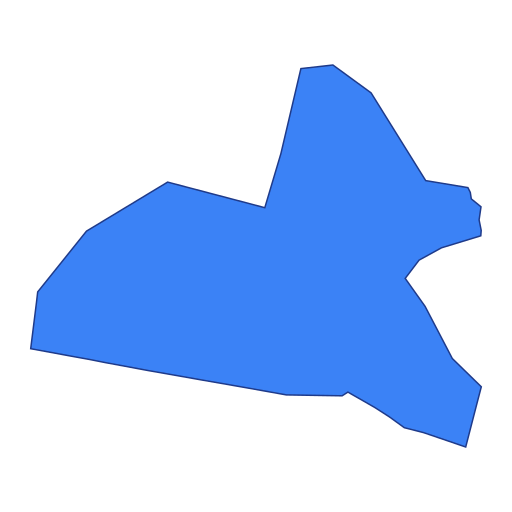 outline of San Pedro Taviche, Oaxaca, Mexico
{"feature_id": "50627088B42650347331472", "entity_name": "San Pedro Taviche", "entity_type": "district", "adm_level": 2, "iso_a3": "MEX", "parent_name": "Mexico", "parent_adm1": "Oaxaca", "projection": "orthographic", "projection_center": [-96.523, 16.649], "detail": "fine", "context": "isolated", "style": "filled", "palette": "blue", "viewbox_px": 512, "rotation_deg": 0, "n_neighbors": 0, "source": "geoboundaries", "source_scale": "gbopen_adm2", "svg_char_len": 650}
<svg xmlns="http://www.w3.org/2000/svg" viewBox="0 0 512 512"><path d="M465.7,447.0L476.7,404.4L481.3,386.8L452.3,358.5L425.1,306.4L405.2,278.4L419.1,260.1L441.5,247.8L480.8,235.8L481.2,230.4L479.1,219.9L481.0,206.8L471.3,198.9L470.3,192.4L467.9,187.6L425.7,180.6L371.1,92.9L332.9,65.0L300.9,68.6L280.9,153.6L280.7,154.3L264.8,207.7L213.2,194.1L167.6,182.1L86.5,231.1L62.6,260.9L37.7,291.9L36.5,302.2L30.7,348.7L70.3,356.0L89.7,359.5L104.8,362.5L147.9,370.5L202.4,380.1L246.6,387.8L286.3,394.9L310.7,395.3L342.1,395.8L347.9,392.1L374.8,407.5L389.4,416.9L404.3,427.7L423.5,432.6L465.7,447.0Z" fill="#3b82f6" stroke="#1e3a8a" stroke-width="1.5"/></svg>